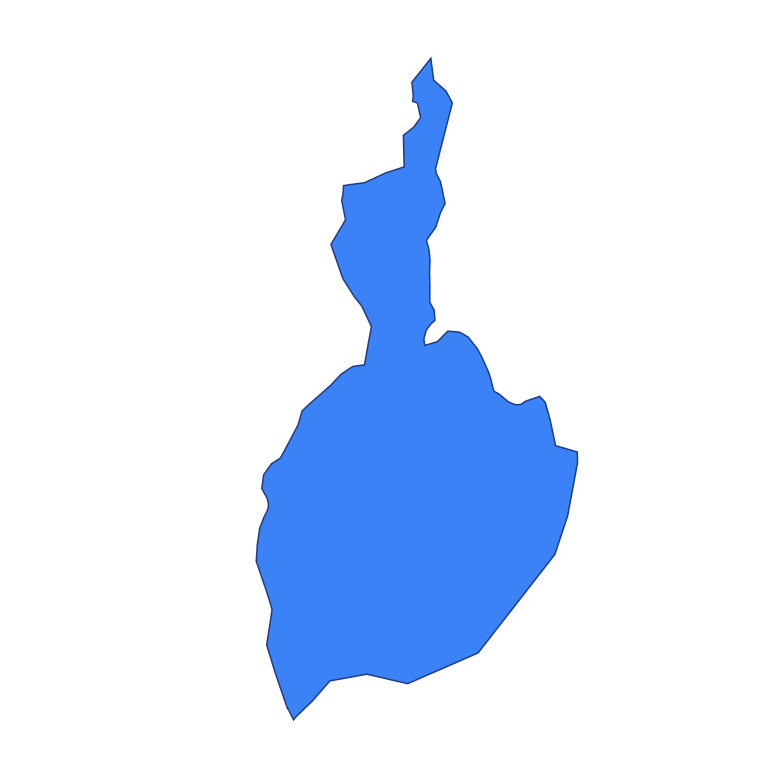 Tendalti, White Nile, Sudan, rotated 347°
{"feature_id": "16777658B96741566185688", "entity_name": "Tendalti", "entity_type": "district", "adm_level": 2, "iso_a3": "SDN", "parent_name": "Sudan", "parent_adm1": "White Nile", "projection": "natural_earth1", "projection_center": [31.956, 13.119], "detail": "fine", "context": "isolated", "style": "filled", "palette": "blue", "viewbox_px": 768, "rotation_deg": 347, "n_neighbors": 0, "source": "geoboundaries", "source_scale": "gbopen_adm2", "svg_char_len": 2339}
<svg xmlns="http://www.w3.org/2000/svg" viewBox="0 0 768 768"><g transform="rotate(347 384 384)"><path d="M217.5,678.9L220.3,690.9L224.4,687.8L242.7,676.9L264.5,661.1L302.0,662.9L339.6,681.3L407.1,668.7L415.3,667.1L512.2,588.4L533.2,553.9L554.8,504.4L557.0,493.7L537.3,482.7L537.8,456.1L536.9,438.0L533.0,431.1L518.2,432.6L512.5,434.7L507.8,433.9L505.0,432.2L500.7,428.9L499.6,427.2L494.2,420.1L489.6,415.9L489.2,410.0L489.2,403.8L488.5,395.8L485.3,379.5L482.8,370.3L479.9,364.4L476.6,357.3L469.5,350.6L458.1,346.8L445.5,354.8L432.3,355.6L433.0,349.0L437.3,341.0L443.4,335.9L448.0,333.4L449.5,323.4L447.0,314.7L450.9,297.9L453.7,284.5L456.6,274.0L458.0,264.0L457.7,253.5L463.8,248.1L469.9,242.6L477.4,230.0L484.2,221.7L484.2,215.4L484.5,207.9L484.5,199.5L482.3,190.4L482.7,185.7L513.8,125.5L510.3,112.5L500.7,99.1L502.9,77.2L491.5,86.3L479.1,96.2L477.2,110.4L475.4,115.1L479.8,117.7L479.6,132.6L470.8,140.4L458.8,146.1L452.5,177.0L433.7,178.6L410.1,183.5L397.0,182.2L389.2,181.6L388.0,185.6L386.7,189.8L385.1,193.4L384.5,194.8L384.4,194.9L384.1,195.7L383.9,201.9L383.8,204.2L383.6,210.5L383.5,214.3L383.4,215.4L383.3,215.5L379.7,219.3L366.9,232.7L363.7,236.0L364.7,245.5L367.5,270.9L367.6,271.8L369.1,276.3L374.8,292.4L377.6,298.3L379.9,303.2L381.4,310.1L384.5,324.3L384.7,325.1L382.6,330.0L382.3,330.8L378.6,339.2L369.3,360.9L357.6,359.9L352.5,361.7L351.1,362.3L344.4,364.8L334.8,371.2L331.9,373.2L304.1,388.2L298.3,391.8L298.1,391.9L291.2,404.3L287.2,409.0L277.0,420.8L273.1,425.3L266.3,432.9L258.1,435.8L256.5,436.3L246.3,445.4L241.7,457.6L241.4,458.5L244.1,467.9L244.4,468.9L244.5,469.4L244.5,470.6L244.4,474.1L244.3,474.7L244.0,476.4L243.8,477.5L243.7,478.0L242.0,480.6L241.1,482.0L238.6,485.0L237.9,485.8L236.7,487.2L236.3,487.9L232.9,493.0L230.4,496.6L227.5,504.2L224.1,512.8L223.1,516.5L221.2,522.7L220.8,524.1L220.5,525.2L219.6,527.9L219.7,528.5L219.7,528.8L220.0,531.2L220.2,533.7L220.4,535.1L220.5,536.3L220.7,538.0L220.8,538.6L220.8,539.3L222.2,552.8L222.9,559.4L223.0,560.6L223.3,564.7L223.8,570.8L224.1,578.9L219.9,589.6L219.2,591.3L218.5,593.1L211.0,611.9L211.7,622.3L211.9,623.8L212.6,634.9L212.9,639.5L213.1,641.4L213.4,644.5L214.6,656.2L215.6,665.6L216.5,674.6L216.6,675.3L216.8,676.7L216.8,676.9L216.8,677.4L216.9,677.7L217.0,678.8L217.5,678.8L217.5,678.9Z" fill="#3b82f6" stroke="#1e3a8a" stroke-width="1.5"/></g></svg>